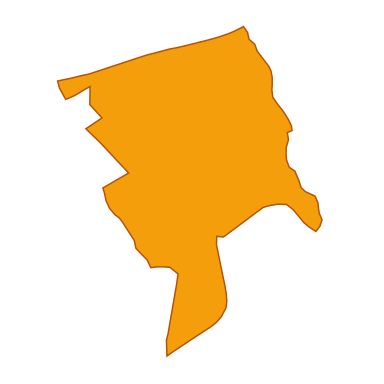 the district of Makadara, Nairobi, Kenya, rotated 267°
{"feature_id": "3690345B46803652809232", "entity_name": "Makadara", "entity_type": "district", "adm_level": 2, "iso_a3": "KEN", "parent_name": "Kenya", "parent_adm1": "Nairobi", "projection": "albers", "projection_center": [36.866, -1.295], "detail": "fine", "context": "isolated", "style": "filled", "palette": "amber", "viewbox_px": 384, "rotation_deg": 267, "n_neighbors": 0, "source": "geoboundaries", "source_scale": "gbopen_adm2", "svg_char_len": 1510}
<svg xmlns="http://www.w3.org/2000/svg" viewBox="0 0 384 384"><g transform="rotate(267 192 192)"><path d="M335.9,176.7L332.9,163.0L331.3,154.6L325.3,132.2L323.6,126.3L321.4,118.1L317.5,103.8L315.1,94.8L313.8,86.7L312.0,77.3L309.9,63.6L302.9,65.0L291.1,70.7L293.8,78.4L296.8,84.4L299.3,88.8L302.6,95.7L294.1,95.2L284.6,94.5L270.7,106.0L260.7,89.3L246.6,102.5L214.3,129.7L200.7,103.2L195.2,104.6L187.9,105.7L179.9,108.9L173.4,113.8L170.0,117.9L165.6,121.0L159.4,124.5L152.9,128.2L146.4,131.9L138.8,133.0L134.4,136.6L126.6,143.6L118.6,146.9L119.1,153.2L118.7,160.1L117.9,166.1L110.9,173.8L99.8,171.6L63.9,163.4L51.7,160.7L45.6,158.7L29.5,158.4L32.5,163.1L37.6,171.6L42.5,179.9L47.4,188.2L56.3,203.5L60.2,209.2L66.1,214.9L74.6,219.9L80.8,221.0L88.5,220.9L98.0,219.8L107.9,218.2L126.0,215.5L138.0,213.7L146.4,214.4L145.4,221.0L151.0,229.4L160.4,243.5L168.9,256.2L172.9,262.3L174.5,269.4L175.3,277.3L174.6,285.8L169.2,292.0L163.5,296.3L155.3,302.3L150.1,308.1L146.1,313.7L151.2,318.0L157.4,320.4L164.4,317.9L174.9,317.1L181.4,314.7L186.5,305.1L190.8,301.2L198.1,299.2L207.5,295.8L211.6,290.4L219.0,288.1L225.2,287.9L231.5,288.4L239.1,291.1L246.4,290.3L248.1,295.1L253.1,294.7L259.8,291.8L268.0,287.2L275.3,282.0L282.5,277.6L289.8,277.1L294.6,277.7L302.2,278.1L308.9,277.2L313.4,275.3L321.9,269.5L329.2,264.5L336.2,262.4L341.5,257.0L348.5,255.8L354.5,252.1L350.0,241.8L348.1,236.4L345.3,226.6L343.7,219.6L342.4,213.4L338.5,193.2L337.0,185.2L335.9,176.7Z" fill="#f59e0b" stroke="#b45309" stroke-width="1.5"/></g></svg>